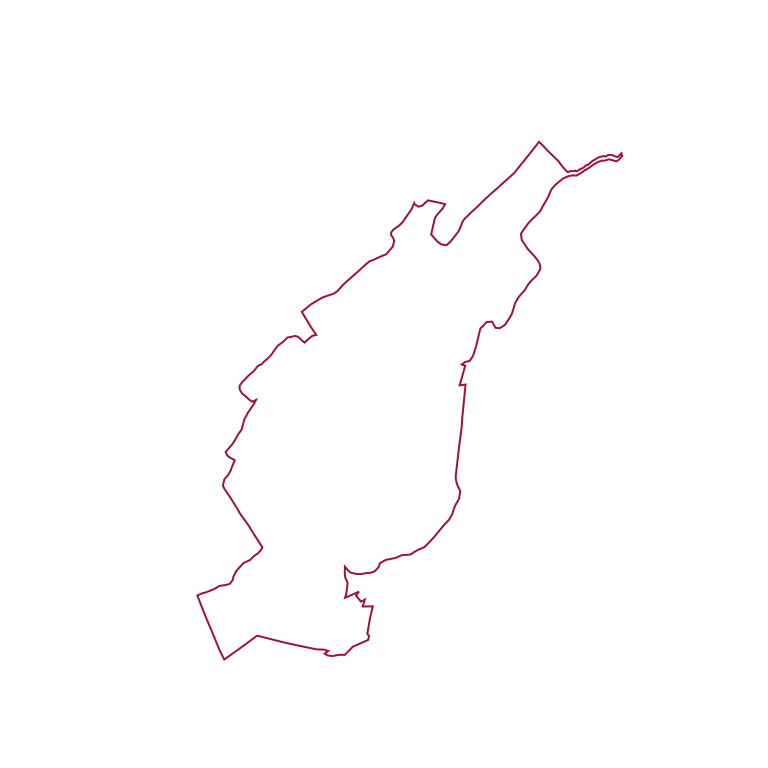 outline of Molo, Rift Valley, Kenya, rotated 210°
{"feature_id": "3690345B84891311296889", "entity_name": "Molo", "entity_type": "district", "adm_level": 2, "iso_a3": "KEN", "parent_name": "Kenya", "parent_adm1": "Rift Valley", "projection": "equal_earth", "projection_center": [35.775, -0.363], "detail": "fine", "context": "isolated", "style": "outline", "palette": "rose", "viewbox_px": 768, "rotation_deg": 210, "n_neighbors": 0, "source": "geoboundaries", "source_scale": "gbopen_adm2", "svg_char_len": 4408}
<svg xmlns="http://www.w3.org/2000/svg" viewBox="0 0 768 768"><g transform="rotate(210 384 384)"><path d="M309.4,120.6L302.9,124.1L298.8,124.9L300.5,120.8L296.9,120.8L292.8,122.5L290.3,124.6L286.9,127.4L282.5,129.8L279.6,140.9L269.8,154.4L270.9,158.2L273.6,159.5L278.9,173.8L282.5,185.8L291.2,180.7L292.8,187.7L295.1,184.0L302.5,186.9L301.8,191.7L310.8,179.4L311.8,183.5L313.8,188.2L316.0,193.5L317.9,195.0L320.6,196.8L322.9,199.7L326.5,206.2L322.4,204.8L318.8,203.9L315.8,204.8L311.9,206.2L308.6,208.1L304.6,211.6L301.1,213.9L298.3,217.3L297.1,222.8L297.9,227.0L294.5,232.6L290.3,236.2L286.8,239.4L283.1,244.6L279.0,247.3L275.6,249.7L273.9,253.5L271.3,257.8L267.4,262.9L265.9,268.8L264.5,274.7L263.4,280.6L262.5,286.1L261.5,292.0L259.8,299.0L259.8,305.1L260.7,309.2L261.4,313.1L261.6,315.0L261.6,318.6L261.7,322.5L263.5,327.0L264.7,329.6L269.4,332.7L272.6,335.7L273.6,336.8L274.4,337.8L275.8,340.0L276.3,341.1L286.9,365.6L295.1,385.3L296.8,388.8L299.0,393.2L313.1,424.3L317.8,420.7L322.8,440.4L326.3,439.8L324.9,443.5L321.5,446.7L320.9,452.6L322.8,461.2L323.1,462.7L328.3,480.2L327.2,484.1L326.2,488.9L321.7,492.0L315.4,488.4L311.7,490.1L308.8,495.7L308.3,503.2L308.4,509.1L310.8,519.2L310.9,525.9L310.6,527.9L310.4,529.2L309.0,535.9L309.0,541.4L308.3,546.3L306.0,554.3L306.1,561.6L307.8,564.3L309.0,565.6L310.3,566.5L313.5,568.3L318.6,570.2L322.6,571.4L327.0,572.8L331.2,574.9L336.6,577.5L340.5,582.5L340.4,586.2L340.3,587.7L339.9,590.4L339.4,595.4L338.1,600.9L336.5,606.0L335.1,611.7L335.4,617.6L335.3,622.9L335.4,628.8L335.9,632.6L336.3,636.4L335.1,642.5L331.8,651.4L328.1,656.4L324.4,659.4L321.7,660.5L319.1,664.8L317.3,668.8L315.0,672.9L312.3,678.8L309.5,683.4L307.1,686.2L304.0,688.3L301.7,691.0L297.8,692.1L294.3,692.9L292.9,695.2L291.7,700.5L293.8,702.5L294.7,698.5L295.4,697.2L296.7,696.9L298.1,696.6L299.6,696.7L300.7,696.2L301.7,695.9L303.0,695.4L303.9,694.7L304.8,693.7L305.4,692.2L306.5,691.6L307.7,691.3L308.9,690.0L310.4,688.8L311.5,687.6L312.3,686.1L313.4,684.0L314.3,682.6L315.0,681.4L315.4,680.1L316.0,678.6L316.5,676.9L317.2,675.6L318.0,674.8L318.8,673.6L319.2,671.6L320.2,669.9L321.1,668.6L322.5,666.5L323.2,664.6L324.3,664.2L325.4,664.3L326.2,663.2L327.3,662.5L328.8,661.8L329.6,660.9L330.6,659.4L333.2,659.8L334.2,660.2L339.2,661.9L341.3,662.8L344.8,664.4L346.0,664.6L348.4,665.2L357.9,667.6L359.0,667.9L368.7,670.8L370.9,671.2L371.4,667.0L373.2,654.5L375.8,637.9L376.2,635.5L376.7,631.9L380.0,621.9L382.5,614.3L384.0,609.4L386.8,601.5L387.6,598.7L390.0,590.8L391.6,584.8L393.7,578.1L394.7,575.1L395.6,571.7L396.8,567.3L397.0,566.0L397.2,563.5L396.5,560.1L395.7,553.9L397.0,544.8L397.7,540.2L399.3,535.4L404.4,533.5L408.8,534.0L417.9,537.1L419.0,540.5L419.4,541.9L419.9,543.2L421.6,549.1L422.5,551.9L422.9,553.5L422.8,555.3L422.4,558.6L421.0,564.9L420.9,567.6L421.0,570.3L424.5,569.3L430.6,567.4L435.3,565.8L436.3,565.5L437.7,565.0L438.5,562.5L439.2,560.6L439.9,557.9L442.5,554.9L444.4,554.9L447.3,555.0L448.3,555.7L447.5,549.0L448.4,539.7L448.9,532.8L450.4,528.0L451.3,526.2L452.0,524.9L453.1,522.0L453.6,519.0L452.4,516.5L449.3,515.2L446.8,513.1L445.1,507.5L446.9,497.6L450.3,493.2L455.3,486.1L457.9,483.0L460.0,477.1L463.4,466.6L466.2,458.2L469.2,448.8L470.6,441.7L472.4,437.5L480.6,428.1L483.5,423.0L487.0,416.6L491.3,405.4L476.2,397.0L467.2,392.6L470.0,390.1L471.6,386.2L473.5,380.1L478.5,381.1L482.0,381.9L485.2,381.1L488.0,378.3L490.8,376.1L492.5,370.1L495.3,363.5L495.8,358.6L496.1,353.8L497.4,348.0L499.0,343.8L500.0,339.6L502.2,336.9L503.3,329.8L504.4,326.8L506.2,321.1L507.8,314.2L508.2,310.2L506.2,307.1L502.2,304.8L496.6,304.0L492.7,303.0L489.2,302.8L486.9,306.1L486.7,300.8L487.2,295.4L487.5,291.3L487.3,286.9L487.3,283.3L486.1,279.3L484.5,273.2L485.2,267.0L485.0,262.4L485.2,256.3L486.1,251.5L487.2,246.0L483.8,243.6L480.7,243.3L475.2,243.4L474.5,238.8L474.4,237.1L473.8,233.6L473.5,231.8L473.5,227.4L474.6,221.6L472.7,215.4L469.7,213.4L459.8,208.6L456.5,206.8L452.6,204.7L447.0,201.7L444.2,199.9L441.3,198.6L430.2,193.6L425.9,191.2L422.1,189.2L407.6,181.7L407.6,178.0L408.7,173.9L410.8,169.5L411.9,164.7L416.0,159.0L417.5,152.9L418.4,147.8L418.0,141.1L417.0,139.5L417.6,133.9L420.0,131.3L421.4,130.1L422.4,129.4L425.7,126.6L427.7,122.8L430.6,118.9L433.7,114.9L437.1,111.5L439.9,107.5L427.7,97.7L416.9,89.3L408.7,83.2L393.6,71.5L384.6,65.5L376.1,84.2L368.0,102.6L355.4,106.2L340.3,110.5L327.4,114.6L309.4,120.6Z" fill="none" stroke="#9f1239" stroke-width="2"/></g></svg>